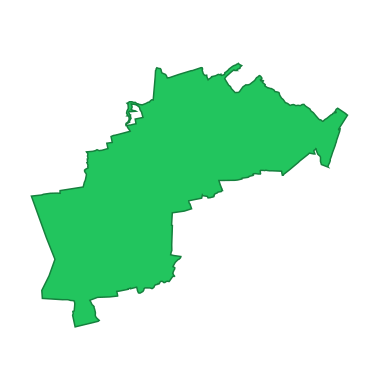 Dobroteasa, Olt, Romania (Mercator projection), rotated 356°
{"feature_id": "2599482B45493772728247", "entity_name": "Dobroteasa", "entity_type": "district", "adm_level": 2, "iso_a3": "ROU", "parent_name": "Romania", "parent_adm1": "Olt", "projection": "mercator", "projection_center": [24.342, 44.767], "detail": "fine", "context": "isolated", "style": "filled", "palette": "green", "viewbox_px": 384, "rotation_deg": 356, "n_neighbors": 0, "source": "geoboundaries", "source_scale": "gbopen_adm2", "svg_char_len": 5933}
<svg xmlns="http://www.w3.org/2000/svg" viewBox="0 0 384 384"><g transform="rotate(356 192 192)"><path d="M35.3,287.7L55.4,290.4L60.1,290.7L61.2,290.9L63.3,291.7L66.6,292.2L67.1,293.4L67.2,294.5L67.3,295.0L67.0,297.4L66.2,302.2L66.0,302.5L64.8,302.8L65.0,305.2L64.3,306.5L66.0,318.4L88.4,314.6L89.4,314.4L90.5,313.6L88.3,311.3L87.2,309.6L86.9,308.3L87.2,306.0L87.2,305.3L86.7,302.2L86.1,299.8L86.3,299.5L85.6,298.5L84.5,297.5L83.4,294.7L82.6,293.1L82.5,292.9L90.4,290.5L102.4,290.9L110.5,290.6L110.6,289.9L110.0,285.9L112.5,285.8L121.6,284.6L121.5,284.1L124.5,283.5L123.9,283.9L124.0,284.2L130.1,283.1L130.6,285.2L130.7,286.4L131.5,288.8L132.0,289.1L133.2,289.2L136.1,287.8L137.2,286.2L137.3,285.2L138.2,284.5L138.8,284.4L143.6,284.8L145.1,285.5L145.7,285.5L147.3,284.5L148.0,283.1L148.9,282.1L149.4,281.9L150.6,281.9L151.8,281.0L152.3,281.5L152.6,281.4L153.0,281.1L153.8,279.6L154.6,279.0L155.9,279.0L156.8,279.5L157.4,280.3L158.0,280.4L158.6,280.4L159.8,279.6L161.1,279.3L162.9,279.7L163.4,279.2L166.8,275.0L167.1,274.8L168.3,275.0L168.7,274.7L167.7,273.3L167.6,272.5L167.2,272.2L167.1,271.8L168.5,268.8L169.4,267.5L169.5,266.2L167.8,265.2L168.0,264.7L170.4,261.0L173.3,258.5L174.3,258.2L175.2,257.5L176.0,256.7L176.4,255.6L169.4,254.1L166.3,253.1L167.1,250.4L167.8,249.0L168.1,243.1L170.1,224.0L169.3,223.7L170.9,211.4L183.0,210.5L190.4,208.7L189.1,203.7L188.5,203.0L188.2,201.9L188.2,200.5L201.2,198.8L202.1,195.8L202.4,196.4L206.8,197.4L207.0,197.5L207.6,199.0L210.1,198.9L211.1,198.6L212.2,198.5L213.3,198.2L213.3,197.6L213.9,197.4L213.8,196.8L214.3,195.8L216.0,195.0L217.1,194.7L218.0,193.9L221.2,193.6L221.9,192.8L222.5,192.7L221.9,191.5L222.2,191.2L221.9,190.7L220.7,186.9L219.6,182.4L235.6,183.3L238.3,183.2L242.7,182.5L242.7,181.9L242.9,181.7L248.6,181.3L249.7,181.0L250.0,180.4L254.1,179.7L254.3,179.5L253.9,179.2L253.8,178.7L254.3,178.4L254.6,178.5L254.8,178.1L256.8,178.1L259.6,178.7L261.5,178.8L261.7,178.4L261.5,177.2L261.6,175.4L261.9,175.2L264.7,175.4L266.1,175.7L267.2,175.4L268.5,175.8L271.1,176.3L273.2,176.4L282.8,177.5L283.0,178.5L282.9,179.0L283.3,181.6L284.3,181.6L284.7,180.8L290.6,176.8L300.4,169.7L301.2,168.9L310.5,162.5L311.8,161.4L316.4,162.6L317.3,162.6L316.4,159.6L316.6,159.0L318.2,158.0L318.5,157.4L319.0,157.8L318.9,158.6L319.1,159.9L320.2,163.2L322.2,165.2L322.5,165.9L322.6,166.9L322.3,170.3L323.0,173.6L329.6,176.7L329.3,176.2L329.4,175.9L330.4,173.8L331.1,172.7L332.1,170.4L332.1,169.3L332.5,168.3L333.5,166.1L334.9,162.5L337.9,155.9L338.7,153.7L339.5,152.0L339.7,150.9L343.5,141.9L344.1,139.6L342.7,140.1L342.6,139.6L352.5,126.2L350.8,124.8L350.9,124.6L343.2,118.6L341.7,119.5L340.8,120.8L340.7,121.9L341.3,122.4L341.3,122.8L340.8,123.0L339.6,122.2L339.0,123.3L338.1,123.4L337.4,124.3L335.9,124.9L331.9,127.8L329.6,129.0L327.8,130.5L327.1,130.6L325.6,129.1L325.2,128.9L324.6,129.0L323.5,128.1L320.8,124.5L318.6,121.4L316.2,119.3L315.4,117.4L311.6,114.5L310.5,113.4L309.8,112.4L308.0,112.4L306.8,113.1L305.9,113.4L303.9,112.9L301.5,113.1L300.4,112.3L299.1,111.8L297.0,112.1L296.0,112.5L295.5,112.2L294.1,110.8L292.9,110.0L291.4,109.4L289.5,106.2L287.8,104.5L286.2,101.4L285.9,99.3L285.5,98.8L284.5,98.3L281.7,97.6L281.0,96.1L279.6,95.1L278.3,94.3L277.7,94.3L275.4,93.4L275.1,93.5L272.2,91.4L272.1,91.0L272.2,90.5L272.5,90.3L272.5,90.0L270.0,87.6L269.9,87.2L271.0,86.1L270.8,85.9L270.2,86.1L269.3,85.4L268.7,86.0L268.2,85.6L268.1,84.6L269.6,84.0L269.6,83.0L268.6,81.4L267.6,80.6L266.7,80.9L265.8,81.8L264.4,82.4L262.3,85.1L257.0,88.7L255.4,89.0L253.7,89.0L253.3,88.8L250.1,90.7L246.3,95.3L245.3,95.9L241.9,95.8L238.5,91.6L237.7,89.5L236.0,88.0L232.5,81.2L234.2,79.1L239.9,74.7L242.4,73.1L243.1,73.8L245.0,73.9L244.7,73.7L246.2,72.7L248.2,71.9L248.3,72.0L248.6,71.7L248.6,70.9L250.4,69.4L248.2,68.1L247.2,66.9L246.4,67.5L245.3,67.7L244.3,68.5L243.2,68.6L241.2,69.5L237.7,71.8L237.0,72.4L236.5,73.1L235.7,73.5L235.1,74.2L233.1,75.2L233.1,76.0L232.8,76.2L232.5,77.1L229.6,77.8L229.4,77.7L229.1,76.5L228.1,77.0L226.4,76.5L223.6,77.7L219.6,78.3L219.6,78.9L219.0,79.1L218.2,79.8L217.0,80.3L215.9,81.2L214.7,77.7L214.9,77.5L214.8,76.5L212.8,76.6L211.5,74.8L210.7,71.3L210.7,70.8L211.1,70.3L211.1,70.0L210.9,68.9L210.5,68.7L209.7,68.6L200.5,71.0L199.8,70.9L187.1,73.8L177.7,76.3L175.3,76.5L174.6,74.3L173.8,72.9L170.3,71.1L169.9,69.7L169.6,67.6L169.0,66.7L167.1,66.3L165.6,65.6L164.9,66.5L164.8,67.4L164.1,68.3L163.3,74.6L159.7,97.5L158.4,97.2L157.0,98.0L155.6,99.5L154.7,99.3L152.1,100.5L148.4,101.6L145.3,100.9L144.2,100.2L143.4,100.2L141.6,98.6L140.1,98.6L138.4,97.8L136.0,97.6L134.3,98.5L134.2,98.6L134.3,98.9L133.4,99.0L134.3,100.1L134.3,104.0L134.0,104.7L132.9,106.4L132.2,108.7L132.3,109.1L133.1,110.8L133.0,111.1L132.5,111.5L133.9,111.8L134.1,112.1L134.4,113.2L134.4,114.7L134.1,115.8L132.9,117.8L131.1,118.9L130.7,119.8L130.8,121.1L131.1,121.1L131.5,119.5L134.7,117.9L134.5,117.1L136.3,114.2L136.0,113.9L136.1,112.9L135.5,111.2L135.6,110.9L135.9,110.8L135.2,110.3L134.5,108.2L134.7,107.3L135.2,107.0L136.3,107.6L141.7,107.5L141.1,107.1L139.1,106.6L137.1,105.5L138.2,103.1L137.9,101.1L137.6,100.3L137.6,99.9L138.6,100.3L140.1,100.4L142.4,101.2L143.9,102.2L144.4,102.9L145.0,103.2L145.6,104.3L145.9,106.2L146.4,107.4L147.1,108.2L148.3,114.2L140.4,115.3L140.9,120.0L137.3,120.5L135.6,120.9L133.4,120.9L131.6,121.4L132.4,123.4L134.3,126.3L134.6,127.1L119.3,130.0L117.7,130.1L115.1,131.0L115.9,137.0L110.4,137.4L111.2,142.8L104.6,144.2L104.2,144.1L102.3,144.3L100.2,143.2L98.5,144.0L95.9,144.5L89.5,144.6L89.7,145.1L90.7,146.1L90.7,147.6L90.2,148.8L90.6,150.6L90.5,151.7L90.3,151.9L89.8,151.9L89.9,155.1L89.8,155.3L89.2,155.4L90.1,157.8L89.8,159.5L90.0,160.7L87.2,162.0L86.8,162.7L86.6,162.5L86.4,162.6L86.3,163.2L86.3,163.8L86.9,165.2L87.6,166.1L87.9,167.4L86.4,172.8L85.3,174.8L83.8,179.4L60.5,181.4L60.3,183.4L60.4,184.1L57.4,183.7L50.5,183.4L43.7,183.9L41.7,184.5L31.5,184.9L43.6,227.6L50.6,249.6L43.6,265.6L35.3,279.7L35.3,287.7Z" fill="#22c55e" stroke="#15803d" stroke-width="1.5"/></g></svg>